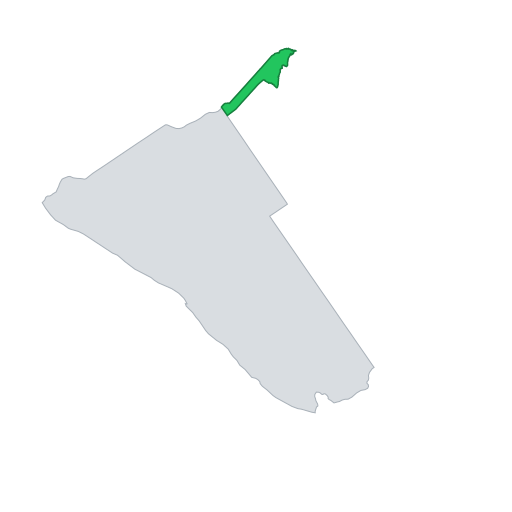 Caprivi highlighted on a map of Namibia, rotated 326°
{"feature_id": "NAM-3356", "entity_name": "Caprivi", "entity_type": "Region", "adm_level": 1, "iso_a3": "NAM", "parent_name": "Namibia", "parent_adm1": "", "projection": "equal_earth", "projection_center": [23.77, -17.975], "detail": "fine", "context": "in_parent", "style": "filled", "palette": "green", "viewbox_px": 512, "rotation_deg": 326, "n_neighbors": 0, "source": "natural_earth", "source_scale": "10m", "svg_char_len": 6201}
<svg xmlns="http://www.w3.org/2000/svg" viewBox="0 0 512 512"><g transform="rotate(326 256 256)"><path d="M362.7,103.7L367.4,102.4L371.9,101.3L377.1,100.1L381.2,99.2L382.3,99.0L392.3,100.1L396.6,100.8L398.1,101.5L400.1,103.5L403.7,108.1L402.8,108.0L396.1,109.0L393.5,110.2L387.8,115.7L386.6,115.0L385.2,113.9L384.1,113.5L381.6,114.9L379.1,116.5L376.3,118.7L374.0,120.9L373.3,122.1L369.7,126.6L368.6,127.3L367.5,127.6L367.1,127.4L366.7,125.5L364.5,120.9L361.0,115.0L359.9,114.4L359.2,114.2L356.6,114.5L349.1,116.2L342.7,117.6L332.9,120.0L322.4,122.0L316.0,123.2L310.4,123.5L310.4,129.4L310.5,141.3L310.6,153.2L310.6,165.1L310.7,177.0L310.8,188.9L310.9,200.7L311.0,212.5L311.1,224.3L311.1,229.5L311.0,230.6L307.8,230.6L300.5,230.6L294.5,230.6L289.6,230.6L289.6,237.6L289.7,245.8L289.8,254.1L289.9,262.3L290.0,270.6L290.1,278.8L290.1,287.0L290.2,295.3L290.3,303.5L290.4,309.6L290.4,310.3L290.5,322.3L290.7,335.0L290.8,347.6L290.9,360.3L291.1,372.9L291.2,385.4L291.4,398.0L291.5,410.5L291.6,414.4L289.4,414.4L285.1,415.9L282.4,417.9L281.2,420.3L279.6,421.8L277.7,422.3L276.8,423.6L277.1,425.5L276.3,427.1L274.6,428.1L271.7,427.8L267.8,426.1L262.8,425.8L256.7,426.6L252.3,426.2L249.6,424.5L246.8,423.6L243.8,423.3L242.1,422.6L238.5,421.4L237.8,419.2L237.3,417.6L236.3,415.8L236.1,414.4L236.9,413.4L237.0,411.7L236.4,409.3L235.4,408.2L234.0,408.2L233.1,407.3L232.7,405.5L231.9,404.1L229.9,402.6L227.3,403.7L226.1,405.3L225.4,407.9L224.8,409.2L224.5,411.3L224.4,412.8L223.8,414.4L223.1,415.1L222.4,414.8L221.1,415.5L218.2,417.8L217.4,419.1L215.0,416.8L207.9,408.3L205.4,406.0L201.7,400.8L193.3,384.5L192.1,381.3L190.3,373.4L188.4,367.5L188.1,364.1L188.9,362.2L188.4,359.6L187.4,357.3L184.6,354.2L183.5,344.0L181.5,337.4L181.8,331.9L180.8,326.9L180.6,323.7L180.9,317.7L179.2,310.7L176.1,303.8L173.1,293.9L172.6,289.6L172.6,277.9L172.0,273.1L171.9,267.5L170.7,261.7L170.1,258.5L170.8,256.0L171.3,256.8L172.1,257.1L172.5,253.8L172.6,250.8L171.1,243.5L167.9,236.0L160.1,223.8L158.1,219.2L157.0,215.3L148.2,199.2L144.3,187.8L141.6,177.9L138.7,173.4L125.3,141.3L122.4,136.2L117.2,130.0L115.9,128.0L113.8,122.1L109.8,114.2L108.7,106.9L108.3,98.6L108.6,92.2L112.1,91.5L114.5,89.8L116.6,89.7L118.8,91.0L121.1,91.1L122.0,90.9L126.2,91.1L128.5,89.6L131.3,88.0L132.9,86.7L135.1,85.3L138.1,83.9L139.8,84.0L141.9,84.5L144.7,85.1L146.3,86.0L148.2,89.0L151.2,91.7L153.4,93.3L155.8,95.4L156.6,96.3L157.7,96.7L158.3,96.9L162.9,96.5L167.0,96.2L171.4,96.2L179.8,96.3L188.2,96.3L196.5,96.3L204.9,96.3L213.2,96.3L221.6,96.3L229.9,96.4L238.3,96.4L241.7,96.4L247.7,96.5L253.9,96.6L254.6,96.8L255.3,97.3L255.9,97.9L258.2,101.6L261.0,105.5L263.4,107.3L266.2,108.4L268.9,108.8L271.4,108.6L275.5,109.1L281.2,110.3L287.1,110.7L293.3,110.2L297.6,110.9L300.1,112.8L302.7,114.1L305.3,114.8L308.9,114.4L313.3,112.9L317.1,113.1L318.9,114.2L320.0,114.2L326.5,112.7L331.8,111.4L339.7,109.4L346.2,107.8L355.9,105.4L362.7,103.7Z" fill="#d9dde1" stroke="#a8b0b8" stroke-width="1"/><path d="M319.3,114.6L319.7,114.5L321.3,114.1L326.7,112.7L332.2,111.4L337.7,110.0L343.1,108.7L347.6,107.5L352.0,106.4L356.5,105.3L360.9,104.1L362.8,103.7L363.7,103.4L364.4,103.2L364.8,103.2L365.5,103.1L366.4,102.8L367.4,102.6L368.3,102.3L369.2,102.1L370.1,101.8L371.1,101.6L372.0,101.3L373.0,101.1L373.9,100.8L374.8,100.6L375.8,100.3L376.7,100.1L377.6,99.8L378.6,99.6L379.5,99.3L380.4,99.1L381.1,98.9L381.5,98.9L381.9,99.0L383.0,99.0L383.3,99.2L384.4,98.8L384.7,98.7L385.1,98.8L386.1,99.2L386.7,99.4L387.1,99.6L387.7,99.8L387.9,99.9L388.0,100.1L388.2,100.3L388.5,100.5L388.9,100.5L389.2,100.4L389.5,100.0L389.7,99.8L389.9,99.6L390.0,99.4L391.2,99.3L393.1,99.7L393.2,99.8L393.3,99.9L393.4,100.0L393.7,100.1L394.4,100.1L395.9,100.4L396.4,100.8L396.7,101.3L397.2,101.0L397.4,101.3L397.7,101.8L398.0,102.1L398.3,102.1L398.7,102.0L398.9,101.9L399.0,102.0L398.8,102.5L398.9,102.9L399.1,103.0L399.5,103.1L399.9,103.7L400.0,103.7L400.2,104.6L400.4,104.8L400.6,104.9L400.7,105.1L400.7,105.3L400.9,105.0L401.1,105.0L401.4,105.4L401.5,105.6L401.5,106.0L401.6,106.3L401.8,106.4L401.9,106.5L402.2,107.0L402.4,107.1L402.8,107.1L403.1,107.2L403.4,107.5L403.6,107.8L403.7,108.2L402.3,107.8L401.4,107.8L400.7,108.7L400.0,109.1L399.3,109.1L399.1,108.5L398.5,109.0L398.2,109.1L398.0,108.7L397.7,108.9L397.4,108.6L397.1,108.4L397.3,107.9L397.0,108.0L396.9,108.1L396.9,108.3L396.7,108.5L395.0,109.3L394.5,109.4L394.2,109.5L393.6,110.0L393.2,110.2L392.9,110.7L392.7,110.8L392.3,110.9L392.2,111.0L391.5,112.1L390.7,112.7L390.4,113.1L389.3,114.8L389.2,114.9L389.2,115.0L388.8,115.5L388.6,115.7L387.5,115.9L387.3,116.0L386.5,115.1L386.5,114.6L386.4,114.4L386.2,114.4L386.1,114.2L385.7,113.2L385.4,112.9L385.0,112.8L384.2,112.7L383.9,112.9L383.5,113.4L382.9,114.8L382.7,115.0L382.5,114.9L382.1,114.6L381.9,114.6L381.4,114.5L381.0,114.6L380.2,115.0L379.2,116.7L378.5,117.4L377.7,117.6L376.9,118.5L376.7,118.6L376.1,119.0L375.8,119.2L375.7,119.4L375.6,119.6L375.4,119.4L375.2,119.4L374.4,120.1L374.4,121.1L374.0,121.5L373.4,122.1L373.1,122.4L372.7,123.1L372.4,123.5L372.1,123.6L370.1,126.4L369.7,126.7L369.3,126.8L368.8,127.6L368.6,127.7L368.5,127.8L367.8,128.2L367.4,128.2L367.1,127.9L366.9,126.7L366.6,125.4L366.4,125.0L366.7,124.4L366.5,123.8L365.8,122.8L366.0,122.3L365.8,122.0L365.6,121.8L365.5,121.5L365.4,121.1L365.2,121.0L364.9,120.9L364.6,120.8L364.5,120.6L364.1,120.1L363.8,119.7L363.6,120.0L363.4,120.0L363.2,119.9L363.1,119.6L363.1,119.1L363.0,118.7L362.3,117.7L362.0,117.0L361.8,116.5L361.7,116.4L361.7,116.1L361.7,115.5L361.7,115.4L361.3,115.3L361.3,115.1L361.3,114.7L361.2,114.5L361.1,114.3L360.8,114.2L360.0,114.1L358.5,114.3L356.6,114.5L354.1,114.8L352.1,115.2L350.3,115.7L348.5,116.2L346.6,116.6L344.8,117.1L343.0,117.5L341.1,118.0L339.3,118.5L337.5,118.9L335.6,119.4L333.8,119.8L331.9,120.3L330.1,120.7L328.3,121.2L326.4,121.7L324.6,122.1L322.8,122.6L322.4,122.7L322.0,122.8L321.6,122.9L321.3,123.0L320.9,123.0L320.5,123.0L319.4,123.1L318.4,123.1L317.4,123.2L316.4,123.2L315.1,123.3L313.9,123.3L312.7,123.4L311.4,123.5L310.8,123.5L310.6,113.2L310.9,113.1L312.9,112.4L313.2,112.6L313.6,112.5L314.0,112.2L314.4,112.2L314.7,112.2L315.6,112.2L315.9,112.3L316.9,113.0L318.2,113.5L318.8,114.0L319.2,114.6L319.3,114.6Z" fill="#22c55e" stroke="#15803d" stroke-width="1.5"/></g></svg>